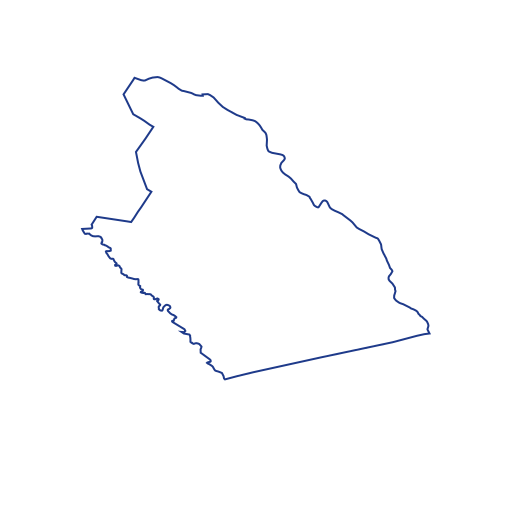 the district of Suchiate, Chiapas, Mexico, rotated 296°
{"feature_id": "50627088B714151448233", "entity_name": "Suchiate", "entity_type": "district", "adm_level": 2, "iso_a3": "MEX", "parent_name": "Mexico", "parent_adm1": "Chiapas", "projection": "equal_earth", "projection_center": [-92.246, 14.632], "detail": "fine", "context": "isolated", "style": "outline", "palette": "blue", "viewbox_px": 512, "rotation_deg": 296, "n_neighbors": 0, "source": "geoboundaries", "source_scale": "gbopen_adm2", "svg_char_len": 6095}
<svg xmlns="http://www.w3.org/2000/svg" viewBox="0 0 512 512"><g transform="rotate(296 256 256)"><path d="M131.5,282.2L139.8,291.8L150.4,304.6L193.1,358.5L238.3,416.5L254.8,435.6L259.5,441.5L262.4,445.9L265.0,442.5L265.4,442.2L268.4,441.7L269.2,441.4L270.4,440.4L271.9,438.6L272.4,437.6L273.3,434.2L274.1,432.0L274.1,430.4L274.3,429.8L274.4,429.4L274.8,429.0L275.0,428.4L275.1,427.7L275.5,427.0L276.3,426.1L276.8,424.9L277.0,424.1L277.1,422.3L277.1,420.8L276.8,418.4L277.1,416.8L277.2,409.5L276.8,406.3L276.8,405.1L277.1,403.0L277.4,401.3L278.3,399.4L278.6,398.8L279.1,398.4L281.2,397.5L282.8,397.3L285.6,396.8L286.6,395.8L288.4,394.8L288.7,394.5L290.6,391.4L291.0,390.7L292.2,387.0L292.7,386.2L293.0,385.6L294.1,384.9L294.8,384.6L296.0,384.4L298.9,385.1L302.0,385.3L302.6,384.8L303.2,383.8L304.0,381.7L306.2,379.5L309.3,375.6L310.8,374.2L312.9,371.3L313.6,370.5L313.8,370.0L314.2,369.5L317.2,366.0L318.8,364.9L320.7,363.7L321.4,363.1L323.6,360.2L324.9,358.2L325.1,357.6L325.1,357.1L324.9,355.6L324.9,347.7L325.4,342.2L325.5,336.8L325.8,334.0L328.5,328.0L329.3,325.2L331.1,316.2L331.4,315.3L331.4,310.9L331.2,306.9L331.3,303.8L331.6,302.3L332.0,301.2L332.4,300.6L334.9,297.5L335.6,296.6L335.9,296.1L336.2,295.0L336.2,293.9L336.0,293.4L335.5,292.6L335.0,292.2L334.5,291.9L332.5,291.5L327.5,290.9L327.1,290.7L326.9,290.5L326.7,289.6L326.7,288.5L326.8,287.2L327.1,286.0L327.3,285.6L328.8,283.7L330.5,281.2L331.2,280.2L331.9,278.9L332.5,278.4L332.7,277.9L332.9,275.4L332.9,274.5L332.8,273.5L332.6,272.5L332.5,271.5L332.4,269.1L332.5,267.3L332.7,266.8L333.7,265.2L335.0,263.4L335.8,262.5L338.2,260.5L338.4,260.1L339.4,257.1L340.9,253.5L341.6,250.8L341.8,249.4L342.1,246.5L342.8,243.6L343.7,241.7L344.1,241.1L344.9,240.1L345.9,239.1L346.6,238.7L348.2,238.1L348.9,238.1L350.9,238.0L354.4,239.1L355.2,239.2L356.1,239.2L357.0,238.6L357.5,238.1L358.2,237.0L358.3,236.2L358.4,235.6L358.0,233.3L355.8,225.3L355.7,224.2L355.6,222.1L355.7,221.4L356.0,220.8L357.0,219.6L358.1,218.6L359.9,217.2L365.1,215.0L366.0,214.5L367.7,213.4L369.3,212.3L370.5,211.0L370.8,210.5L371.3,209.3L372.1,206.7L372.3,206.2L373.0,205.3L374.5,202.9L375.2,201.6L376.0,199.6L376.5,197.8L376.7,196.7L376.8,196.0L376.7,194.9L376.5,193.5L375.5,189.7L374.6,187.4L374.5,185.5L375.1,185.4L374.3,176.8L374.8,166.3L375.4,160.9L377.2,155.0L379.9,148.4L380.5,144.1L380.4,141.8L377.8,137.1L376.7,137.9L375.9,136.3L374.3,131.6L374.2,130.6L374.1,129.3L374.2,127.7L374.1,126.1L372.6,118.7L372.1,117.1L372.1,116.4L372.4,113.1L372.9,111.0L373.6,107.3L374.0,103.5L374.3,93.4L374.2,91.2L373.7,89.1L371.0,84.8L368.4,82.0L365.1,79.3L364.4,78.1L363.7,75.7L362.9,68.7L360.6,68.5L343.2,66.1L329.6,83.5L329.0,92.0L328.5,96.4L327.4,102.8L327.1,107.1L313.1,105.2L296.9,102.5L287.9,109.3L281.2,115.1L268.3,128.8L267.9,133.8L249.4,131.4L244.0,130.5L236.9,129.7L231.8,128.9L230.6,124.9L221.4,95.6L212.1,94.5L211.5,95.3L210.7,95.8L209.6,96.4L209.1,96.3L208.8,96.1L208.4,95.6L204.1,87.9L202.9,89.2L202.6,89.8L201.9,90.8L201.0,92.4L201.1,93.0L201.4,93.7L201.8,93.9L202.3,94.8L202.6,95.7L203.0,96.2L202.5,97.7L202.3,98.6L202.3,100.5L202.4,100.9L203.1,102.8L204.7,105.6L205.0,107.3L204.9,108.4L204.7,108.9L204.3,109.1L203.9,109.9L203.4,110.6L202.9,111.0L201.9,111.4L201.0,111.6L200.7,111.3L199.4,111.6L199.2,112.5L199.2,113.7L199.6,114.7L199.6,115.0L199.4,115.6L199.6,116.2L199.6,116.7L199.5,118.6L199.2,119.5L199.3,121.5L199.1,122.1L197.2,123.1L196.2,122.2L194.8,119.4L194.3,119.1L193.2,120.1L192.4,121.8L191.2,123.5L190.0,125.9L190.0,126.4L190.1,127.4L190.8,128.5L190.8,128.9L190.7,129.3L190.5,129.5L190.1,129.9L189.7,130.5L189.3,131.0L188.9,131.7L188.7,132.1L188.3,133.8L188.0,134.1L187.8,134.2L187.3,134.2L186.6,133.7L186.3,133.4L186.1,133.3L185.6,133.7L185.7,134.5L186.3,135.1L187.2,136.3L187.2,137.3L187.0,137.9L186.4,138.5L186.0,139.1L185.7,140.2L185.5,140.6L185.0,141.0L184.2,141.2L183.8,141.5L182.2,142.1L181.7,142.5L181.4,143.6L181.5,144.1L181.5,145.0L181.2,145.7L181.1,146.1L181.3,146.9L181.7,147.5L181.8,148.2L181.7,148.6L181.5,148.8L180.6,149.2L180.6,149.4L180.6,150.6L181.0,152.0L181.7,155.4L181.7,155.9L182.3,157.9L182.7,158.6L183.4,159.8L183.5,160.1L183.4,160.5L182.7,161.0L181.6,161.5L180.9,162.0L180.4,162.0L180.0,162.3L179.2,162.5L178.6,163.0L178.3,163.7L178.3,164.6L178.2,165.1L177.8,165.2L177.3,165.5L176.7,165.6L176.0,166.7L175.7,167.7L175.8,168.2L176.1,168.8L176.0,169.2L175.5,169.5L175.1,169.6L174.4,169.4L173.9,169.2L173.2,168.3L172.9,168.4L172.9,169.3L173.2,170.5L173.4,171.1L174.1,171.9L174.1,172.4L173.4,173.4L173.3,173.5L173.4,173.8L173.9,174.5L175.2,177.4L175.3,177.9L175.3,178.5L175.1,178.8L174.7,180.0L174.6,181.4L174.4,181.9L173.9,182.4L173.5,182.6L172.8,182.8L172.5,183.2L172.5,183.5L172.8,184.2L174.6,186.0L174.6,186.7L174.5,187.4L174.2,187.6L173.4,187.6L173.1,187.5L172.7,187.1L172.4,186.8L172.1,186.9L171.4,188.5L170.8,189.6L170.7,190.2L170.2,191.3L169.6,191.4L168.3,190.8L167.7,190.8L167.1,191.1L166.2,191.8L165.7,191.9L165.4,192.5L165.2,193.4L165.2,194.2L165.5,195.1L165.7,195.5L166.4,195.7L167.2,195.6L169.2,195.2L171.4,195.9L172.7,196.7L173.1,197.4L173.3,198.3L173.4,199.1L173.3,200.2L173.2,200.6L172.7,201.2L172.2,201.6L171.6,201.7L170.4,201.2L169.6,200.5L169.2,200.5L169.0,200.3L168.6,200.4L168.0,201.0L166.9,204.0L166.6,205.8L166.6,206.6L166.8,207.7L166.7,208.1L166.7,208.7L166.5,209.9L166.4,210.2L166.1,211.2L165.7,211.3L165.3,211.2L165.1,210.9L164.8,210.6L164.5,210.5L164.2,210.2L163.8,210.1L161.8,210.4L161.1,209.3L160.8,209.1L160.5,209.2L160.1,209.8L158.8,223.8L157.7,225.3L156.0,224.8L155.1,222.4L154.7,225.1L156.2,230.6L155.5,231.7L155.3,231.7L153.6,232.9L152.2,233.7L152.0,233.8L150.1,234.7L149.8,235.7L149.7,236.6L149.9,236.7L149.6,238.0L149.7,238.5L149.9,238.8L150.8,239.6L151.5,240.6L151.7,241.6L151.9,241.9L152.0,243.7L150.7,246.7L149.6,247.0L147.8,247.1L144.8,248.7L142.9,259.5L142.5,260.7L141.7,261.4L141.2,261.4L140.9,261.3L139.9,260.0L139.6,259.6L138.8,258.9L138.5,258.8L138.2,260.1L138.3,261.2L138.1,263.2L137.8,265.1L137.2,266.3L136.7,266.9L135.7,268.4L135.2,269.4L135.2,270.5L135.6,272.6L135.8,274.5L135.9,276.7L133.8,279.5L131.9,281.0L131.5,282.2Z" fill="none" stroke="#1e3a8a" stroke-width="2"/></g></svg>